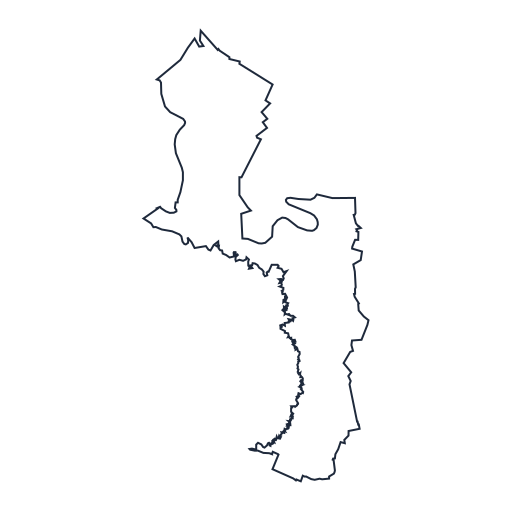 Emiliano Zapata, Tabasco, Mexico (orthographic projection)
{"feature_id": "50627088B17857349990944", "entity_name": "Emiliano Zapata", "entity_type": "district", "adm_level": 2, "iso_a3": "MEX", "parent_name": "Mexico", "parent_adm1": "Tabasco", "projection": "orthographic", "projection_center": [-91.663, 17.694], "detail": "fine", "context": "isolated", "style": "outline", "palette": "slate", "viewbox_px": 512, "rotation_deg": 0, "n_neighbors": 0, "source": "geoboundaries", "source_scale": "gbopen_adm2", "svg_char_len": 6107}
<svg xmlns="http://www.w3.org/2000/svg" viewBox="0 0 512 512"><path d="M218.4,49.0L217.7,49.9L200.7,30.7L199.9,40.6L203.4,46.0L199.2,46.6L194.6,38.5L187.9,47.7L180.4,59.9L156.8,79.5L159.7,80.4L161.0,82.6L161.3,93.9L165.0,106.5L170.2,112.2L183.2,118.9L185.0,121.5L185.1,122.9L184.2,125.1L179.8,129.7L176.3,135.1L175.2,139.1L174.7,144.4L175.9,153.2L181.8,167.7L182.9,172.2L182.9,180.3L180.4,192.1L177.7,199.8L177.7,202.4L175.6,202.4L174.9,207.9L176.4,210.0L176.4,211.4L173.8,212.7L169.8,212.9L165.9,211.4L161.1,208.2L160.1,206.8L157.1,208.1L157.8,208.5L143.5,218.5L151.1,223.4L153.4,227.2L155.8,227.0L161.8,229.5L172.1,231.3L179.4,234.4L181.4,236.4L182.5,241.6L184.3,244.0L185.8,244.4L188.0,242.9L188.2,240.2L187.5,237.5L191.6,242.2L194.6,248.0L205.9,246.1L208.4,249.6L210.5,250.5L213.7,245.0L218.2,241.5L218.4,244.8L216.1,245.8L217.5,246.7L218.9,246.1L218.6,248.3L220.1,250.2L222.1,250.5L222.7,253.6L226.1,255.0L229.6,257.5L234.1,256.4L233.6,252.8L233.9,252.1L235.5,252.1L235.7,252.9L234.7,255.2L235.4,255.4L237.4,254.4L237.8,255.0L235.7,256.9L235.4,259.6L235.9,261.2L239.4,259.8L243.1,260.8L246.1,259.4L246.5,257.3L248.9,259.5L248.2,261.7L248.3,265.7L249.7,266.9L249.0,268.7L252.4,268.1L250.5,265.4L252.2,265.1L252.6,263.2L254.9,263.5L257.5,265.0L259.2,267.8L261.8,269.4L263.6,271.6L263.4,274.0L264.9,276.2L267.3,275.3L266.7,272.5L267.7,271.6L268.6,271.8L271.7,264.8L277.6,264.8L278.6,266.0L277.6,267.8L281.5,268.8L283.5,272.2L286.6,271.1L282.9,276.1L283.7,278.4L283.1,279.8L281.1,279.0L278.8,279.2L279.9,280.1L282.0,280.1L281.8,281.8L281.1,282.0L280.3,281.3L279.4,283.0L281.1,282.6L281.8,284.6L281.4,285.8L279.7,286.5L283.4,287.9L283.3,289.8L281.8,290.9L282.7,291.8L282.1,292.7L282.5,294.1L285.1,293.8L287.1,297.5L286.2,299.4L285.7,298.8L286.0,297.8L285.0,297.1L285.1,299.3L283.5,299.8L283.3,302.2L285.6,300.3L285.5,302.3L288.1,303.2L287.5,304.0L287.8,305.5L285.4,305.3L287.0,306.3L286.8,307.1L285.6,307.6L283.9,306.6L284.0,308.8L286.9,307.9L287.0,308.5L285.6,308.9L286.4,310.0L285.0,310.8L282.8,309.6L282.4,310.1L285.0,312.4L284.7,314.4L285.5,313.8L288.7,314.9L288.5,314.1L289.0,314.0L290.5,315.8L293.0,315.8L294.9,317.4L292.6,318.2L293.4,319.6L293.1,320.8L292.1,319.9L290.7,320.9L290.7,319.6L288.6,319.2L289.8,321.4L288.6,321.6L288.6,322.5L284.7,323.0L284.9,325.7L282.7,324.5L279.4,325.7L280.4,325.6L281.8,326.5L281.7,327.0L280.5,327.1L280.5,328.8L285.0,331.1L284.8,332.7L288.1,333.3L288.7,335.8L287.9,337.2L289.2,337.0L289.7,338.0L291.1,337.8L290.9,339.1L292.5,339.7L292.3,341.1L293.6,341.1L293.5,340.0L294.8,339.8L295.4,341.5L293.3,341.6L292.8,342.6L293.4,343.2L294.5,342.6L295.0,343.4L292.8,344.5L294.5,345.9L294.7,347.3L295.3,346.4L296.7,347.4L295.9,349.6L297.4,348.9L298.0,351.3L299.5,351.9L299.7,354.0L298.1,357.0L298.8,358.1L298.1,359.5L299.3,360.0L299.6,361.0L298.2,361.7L298.3,363.0L297.3,364.8L298.0,366.9L297.5,368.5L298.5,369.4L297.7,371.9L298.6,372.6L298.2,373.3L298.9,374.3L300.2,373.1L299.9,374.6L300.8,375.7L300.4,377.1L302.0,377.1L302.8,378.4L302.7,380.3L301.2,380.1L300.3,381.3L301.0,382.1L301.3,381.1L302.0,381.0L302.8,383.0L301.2,382.3L301.5,383.6L300.8,384.7L302.1,385.0L299.2,386.0L300.6,386.1L299.4,386.8L301.4,387.7L301.7,388.8L301.0,389.2L303.2,391.9L302.9,393.1L302.3,392.9L300.6,394.1L298.5,393.2L298.2,394.5L299.2,396.2L298.2,397.4L297.2,396.4L296.6,396.7L297.4,398.3L296.2,399.2L296.2,400.2L298.1,403.3L298.0,404.0L297.1,404.4L297.1,405.3L295.1,406.8L294.7,406.2L291.2,406.3L292.0,407.6L291.1,408.1L291.1,411.8L293.2,413.7L292.6,414.5L291.8,413.8L291.4,414.3L292.1,415.3L291.2,415.2L290.5,416.5L291.9,416.4L291.8,417.3L292.7,417.3L292.7,418.0L292.0,417.7L291.8,418.6L290.0,419.3L289.9,420.4L290.7,420.5L290.2,421.3L288.5,421.1L289.3,421.8L289.0,422.9L290.2,423.1L290.4,425.2L289.7,425.2L288.9,423.6L286.8,424.3L287.1,425.0L288.2,425.2L287.1,426.0L288.8,426.8L288.6,428.1L287.8,428.8L287.0,428.2L285.7,429.6L284.6,428.9L284.3,430.4L284.9,431.3L283.8,430.9L283.0,431.7L284.1,431.7L284.2,432.9L281.5,432.3L281.9,433.5L280.1,435.3L279.9,435.9L280.7,436.2L280.1,436.7L280.7,437.3L280.0,438.7L279.2,438.5L278.8,437.1L278.5,438.3L277.4,438.3L276.7,436.7L275.9,440.1L275.3,440.1L274.6,438.8L273.3,439.7L274.0,441.6L272.0,440.1L272.5,441.1L272.2,442.2L273.2,442.3L273.4,443.3L271.7,444.2L270.4,443.6L270.4,445.8L269.6,445.4L269.8,444.2L268.6,442.1L268.7,443.6L267.8,443.6L267.0,445.4L264.5,447.6L263.1,447.0L261.3,444.4L258.0,442.8L256.2,444.6L256.2,449.6L252.0,448.6L249.5,449.0L250.1,449.7L254.9,450.7L257.8,450.6L263.4,452.9L269.2,453.2L271.7,454.1L271.5,453.5L272.3,453.5L272.8,451.8L278.1,454.2L278.5,454.6L272.5,469.2L293.2,478.4L295.9,480.4L296.4,479.5L300.8,481.3L302.8,475.7L304.7,476.6L306.1,476.5L311.2,479.1L314.7,479.8L319.6,478.7L322.1,479.3L329.1,478.6L329.1,476.5L333.9,473.6L334.6,471.9L334.9,470.5L333.6,460.1L332.7,459.7L333.1,458.6L334.9,458.4L335.4,454.2L338.2,449.2L340.6,442.1L344.8,443.2L344.3,439.9L348.5,435.6L348.6,431.0L359.6,428.8L358.8,424.5L358.2,424.6L357.6,421.6L357.1,421.6L349.5,384.3L350.7,381.0L348.3,376.1L351.2,372.3L343.6,363.1L350.2,351.9L353.0,350.9L351.4,345.1L352.0,340.5L361.5,339.8L367.4,324.9L368.5,320.2L363.8,316.5L358.7,310.5L358.2,304.0L358.9,303.5L354.7,296.8L354.0,294.0L355.1,293.8L355.0,288.9L355.7,287.3L354.8,271.5L353.3,264.4L360.7,260.1L362.0,251.5L352.1,248.6L352.3,246.7L355.1,239.8L358.2,239.9L358.4,231.9L356.5,231.3L357.0,229.9L356.4,229.2L360.8,228.0L358.5,225.9L358.1,226.1L355.9,223.3L353.7,214.9L354.8,214.7L355.5,213.1L355.0,197.9L332.4,198.1L316.9,194.4L314.4,197.8L310.5,199.7L298.4,199.0L290.5,197.8L287.2,198.2L285.9,199.9L286.2,201.7L288.7,204.3L310.4,213.2L314.1,215.5L316.9,219.3L317.7,222.1L317.8,224.7L316.5,228.0L313.9,230.2L312.1,230.8L307.1,230.4L297.9,227.1L288.0,219.3L285.5,218.0L282.2,217.6L277.5,220.2L272.7,226.2L272.1,236.7L265.3,242.8L261.7,243.5L258.6,243.3L247.9,238.9L242.4,238.5L241.2,213.8L250.9,210.6L247.7,207.3L239.4,195.1L239.4,177.2L241.5,177.3L260.9,139.3L257.1,137.7L256.5,135.9L267.0,127.9L262.8,122.2L267.3,118.8L261.6,112.1L270.1,103.4L265.5,100.4L272.6,84.5L239.4,63.8L239.7,61.5L229.4,59.0L229.4,57.2L219.7,50.7L218.4,49.0Z" fill="none" stroke="#1e293b" stroke-width="2"/></svg>